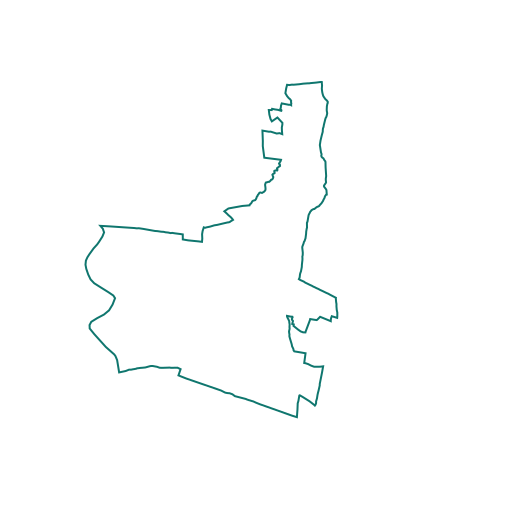 outline of Almaj, Dolj, Romania, rotated 39°
{"feature_id": "2599482B54924202091715", "entity_name": "Almaj", "entity_type": "district", "adm_level": 2, "iso_a3": "ROU", "parent_name": "Romania", "parent_adm1": "Dolj", "projection": "natural_earth1", "projection_center": [23.708, 44.445], "detail": "fine", "context": "isolated", "style": "outline", "palette": "teal", "viewbox_px": 512, "rotation_deg": 39, "n_neighbors": 0, "source": "geoboundaries", "source_scale": "gbopen_adm2", "svg_char_len": 6110}
<svg xmlns="http://www.w3.org/2000/svg" viewBox="0 0 512 512"><g transform="rotate(39 256 256)"><path d="M395.9,335.2L395.9,334.5L395.5,333.0L395.2,332.4L394.2,331.2L393.0,328.3L391.2,325.2L390.2,323.2L389.4,321.4L387.0,316.5L386.1,315.4L380.8,305.3L377.6,299.5L375.8,301.4L373.7,303.2L370.8,305.5L367.9,306.5L364.5,307.2L361.9,308.2L360.8,308.8L355.7,300.4L348.6,304.4L345.8,306.0L344.6,305.7L343.9,305.0L343.1,304.5L340.9,303.5L339.4,302.2L334.7,299.0L332.6,297.5L331.7,296.4L331.4,295.9L330.3,295.0L329.2,293.9L328.5,292.6L328.0,291.5L326.7,290.1L325.1,287.9L323.9,286.9L322.9,285.8L320.8,284.7L320.1,284.5L319.2,284.0L318.3,283.6L317.8,283.0L320.9,281.4L322.5,280.3L323.0,280.6L323.2,281.4L323.5,282.4L324.0,282.9L325.4,283.1L325.8,283.5L326.4,284.9L326.9,286.0L328.4,285.4L329.1,286.7L334.9,286.7L338.2,286.5L340.6,285.7L341.6,285.0L342.5,284.3L342.1,283.4L340.5,278.6L338.3,272.0L337.8,270.9L341.5,268.8L343.5,267.6L343.7,266.9L344.1,262.9L355.1,259.6L354.6,259.0L354.0,258.0L353.4,256.9L352.8,255.1L358.0,253.0L357.5,252.2L355.7,249.9L354.8,248.8L352.6,247.0L350.3,244.6L348.7,242.6L348.2,242.2L347.1,241.2L346.4,240.5L345.1,239.1L344.6,238.6L344.4,238.2L337.4,239.6L336.0,239.8L333.9,240.4L330.0,241.3L326.8,242.1L325.4,242.3L323.3,242.9L320.9,243.4L320.0,243.7L318.1,244.0L315.8,244.6L313.5,245.1L311.1,245.7L309.3,245.8L305.5,246.8L303.9,247.0L303.8,246.6L303.5,245.4L303.1,244.7L301.7,242.5L301.2,241.4L300.6,239.6L298.5,235.7L297.3,234.1L294.6,229.9L293.6,228.6L292.4,227.3L291.9,226.2L291.3,225.3L290.2,223.9L287.5,221.2L286.7,220.4L286.2,219.7L285.9,218.9L285.1,216.4L284.4,214.9L284.3,213.7L283.6,211.9L283.4,211.2L281.0,207.3L279.7,205.5L278.9,204.1L278.0,202.5L277.9,202.0L274.9,198.4L274.7,198.1L274.5,197.7L274.5,197.1L271.2,191.2L270.9,190.2L270.7,189.0L270.3,187.5L270.4,186.3L270.3,185.5L270.9,183.9L271.2,183.3L271.8,182.7L271.9,182.2L272.2,180.6L272.7,179.1L273.2,178.4L273.5,177.7L273.6,177.2L273.5,176.5L273.7,173.8L273.4,170.8L273.0,169.7L272.9,168.9L272.6,167.4L272.2,166.7L272.0,165.9L271.9,164.1L272.3,163.7L269.4,160.6L268.8,160.2L267.9,159.9L265.4,159.3L264.8,158.9L264.5,158.3L264.3,155.4L264.1,154.7L262.4,153.0L261.6,152.0L260.2,149.7L254.3,143.3L250.9,139.3L250.3,138.8L248.9,138.5L247.9,138.1L247.5,137.9L246.9,137.7L245.5,137.8L244.5,137.6L243.9,137.2L243.5,136.8L243.4,136.4L243.1,135.9L242.5,135.3L241.9,135.0L241.1,134.4L236.8,130.5L235.8,129.6L235.5,129.1L233.5,125.7L231.1,120.7L229.7,117.5L229.2,116.8L228.8,116.3L227.7,114.6L227.5,113.8L227.2,113.1L226.2,111.3L223.8,106.2L223.3,105.0L223.2,104.0L222.7,102.6L222.1,101.4L221.6,100.4L220.9,99.7L219.7,98.7L218.9,97.8L216.9,95.1L215.7,92.9L215.4,91.8L214.9,91.4L214.7,91.0L213.8,90.7L212.7,90.5L212.0,90.5L211.0,90.4L208.0,89.5L207.4,89.2L205.9,88.2L204.5,87.1L203.0,85.7L201.9,84.6L200.0,81.9L199.4,81.3L198.7,80.6L197.7,79.4L197.0,79.8L193.5,83.5L189.7,87.2L188.7,88.3L187.5,89.3L184.2,92.4L181.6,95.2L178.1,98.6L177.0,99.6L176.2,100.1L174.3,102.2L172.4,103.4L172.9,104.4L174.0,106.8L176.4,111.0L179.6,112.2L182.1,112.7L183.7,112.7L184.9,113.0L185.7,113.3L186.2,114.2L187.5,115.3L187.8,116.0L188.4,116.7L187.4,116.9L186.4,117.8L180.0,121.2L180.8,123.4L182.0,125.2L182.3,126.3L182.9,126.5L183.8,126.6L184.3,127.1L184.3,127.3L181.1,128.6L179.4,129.6L178.6,130.1L175.9,131.5L176.4,132.7L174.1,134.5L177.4,137.7L181.1,140.4L183.6,141.4L185.5,134.9L192.7,135.9L193.8,137.3L195.2,139.9L197.2,142.2L199.7,144.8L197.0,145.7L195.0,147.8L189.2,150.1L187.8,151.3L182.1,154.5L189.0,162.4L192.1,166.3L200.6,174.4L214.9,165.5L215.4,166.7L215.7,169.6L215.8,169.8L217.0,169.9L217.4,170.5L217.7,170.6L218.0,170.9L218.0,171.2L217.5,172.5L217.4,173.5L217.1,174.3L217.2,174.5L217.3,174.9L218.4,175.5L218.5,175.6L218.6,175.9L218.6,176.3L217.9,176.6L217.5,177.0L217.1,177.5L216.7,178.3L216.9,178.7L217.9,179.4L218.3,180.0L217.7,181.3L217.6,181.8L217.6,182.5L218.8,183.3L219.4,183.5L219.7,183.8L219.9,184.0L220.1,184.5L220.2,184.9L220.3,185.1L220.4,185.8L220.3,186.5L220.0,187.0L219.8,187.2L219.8,187.8L219.9,188.1L219.8,188.5L219.8,189.0L219.7,189.5L219.5,189.9L219.5,190.2L219.1,190.5L218.8,190.7L218.4,191.5L217.5,192.5L217.5,193.0L217.7,193.7L218.1,194.7L218.7,195.4L219.9,196.5L221.3,198.0L221.7,198.8L221.9,199.2L221.9,199.5L221.7,201.5L221.2,202.4L221.1,203.0L220.8,203.3L219.9,203.7L219.3,204.0L219.0,204.5L218.9,205.2L219.1,206.4L219.0,207.1L219.2,208.0L219.4,208.4L219.3,209.2L219.4,209.6L219.8,210.5L220.2,212.1L220.2,213.1L219.0,214.8L218.7,215.7L219.1,218.2L218.9,219.0L218.8,220.0L219.1,220.7L213.9,225.7L205.0,236.0L204.6,236.6L203.3,241.2L207.0,241.4L208.5,241.6L211.9,241.7L214.0,242.0L215.4,242.4L214.4,245.2L214.2,246.1L213.7,246.9L212.8,247.8L210.3,251.0L206.3,256.2L204.3,258.4L201.8,262.1L199.5,264.9L198.7,266.1L197.4,266.6L198.8,270.2L200.4,273.0L203.4,276.4L205.1,279.0L202.0,280.9L193.5,286.5L188.7,289.2L185.5,285.3L183.6,286.4L178.9,289.3L176.3,290.8L175.3,291.9L172.9,293.1L170.8,294.5L169.1,295.3L167.0,296.8L163.6,298.8L161.8,300.1L151.3,305.9L147.4,308.2L146.0,309.5L143.9,310.8L134.4,317.5L124.3,324.6L116.1,330.5L119.8,331.2L123.1,333.3L124.4,337.6L125.1,343.7L125.3,347.0L125.0,352.3L125.4,359.5L125.8,363.1L126.7,366.6L129.0,370.1L132.2,372.8L137.3,376.0L142.2,378.3L147.4,379.0L155.2,378.1L164.2,377.0L170.0,376.5L173.0,377.5L175.1,384.0L176.0,390.7L174.7,397.2L171.7,404.2L169.4,410.8L170.1,414.4L172.4,417.0L179.5,418.5L188.3,419.9L196.5,421.2L207.7,421.7L209.7,422.2L213.6,424.3L222.9,432.6L227.1,427.4L228.9,424.2L230.7,422.7L231.7,421.4L232.3,420.8L233.9,418.9L234.2,418.2L235.0,417.4L236.6,415.7L238.5,413.9L240.2,412.2L242.9,408.4L243.7,407.5L245.1,406.4L246.6,405.6L248.8,404.4L251.4,403.5L253.3,402.1L259.2,397.0L260.3,396.4L265.3,392.2L268.6,391.4L270.9,397.6L278.9,395.1L289.9,391.1L313.3,382.6L314.6,382.3L317.9,381.6L318.8,381.2L320.4,380.3L321.8,379.3L324.7,378.3L327.8,378.2L338.1,373.5L339.0,373.3L341.2,372.5L341.8,372.2L343.6,371.5L345.5,370.7L348.3,370.0L352.8,368.6L354.7,367.9L384.5,357.4L389.2,355.5L384.9,349.3L381.1,344.2L380.2,342.0L377.5,337.2L377.5,336.9L377.7,336.7L380.8,336.2L389.1,335.2L395.2,335.1L395.9,335.2Z" fill="none" stroke="#0f766e" stroke-width="2"/></g></svg>